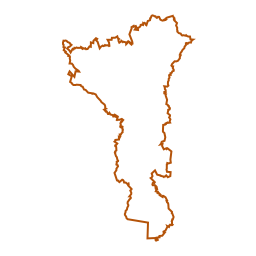 San Benito Abad, Sucre, Colombia (Robinson projection)
{"feature_id": "7082276B25365830428844", "entity_name": "San Benito Abad", "entity_type": "district", "adm_level": 2, "iso_a3": "COL", "parent_name": "Colombia", "parent_adm1": "Sucre", "projection": "robinson", "projection_center": [-74.976, 8.778], "detail": "fine", "context": "isolated", "style": "outline", "palette": "amber", "viewbox_px": 256, "rotation_deg": 0, "n_neighbors": 0, "source": "geoboundaries", "source_scale": "gbopen_adm2", "svg_char_len": 5792}
<svg xmlns="http://www.w3.org/2000/svg" viewBox="0 0 256 256"><path d="M172.7,15.9L167.0,17.6L165.6,18.6L166.3,19.4L165.5,20.0L164.1,19.9L164.1,20.3L162.4,20.6L160.4,19.7L159.1,16.9L158.0,16.8L156.9,17.9L156.3,17.5L155.5,16.3L154.7,16.4L153.7,15.7L152.3,15.4L151.4,16.1L150.8,17.9L150.1,18.3L150.2,19.4L150.0,20.2L147.8,21.0L146.4,25.2L145.8,24.8L145.7,23.6L145.2,23.3L144.6,22.9L144.0,23.5L143.2,23.0L143.0,25.0L141.7,24.6L140.7,24.9L140.7,25.6L139.6,27.1L137.8,28.0L138.0,30.0L134.8,29.6L136.0,27.9L135.6,27.1L136.2,26.8L135.8,26.0L133.8,26.7L133.6,25.9L131.5,27.2L131.7,28.2L129.4,34.3L132.2,41.5L132.6,44.4L132.1,43.7L131.5,44.6L130.4,43.7L131.1,43.0L130.6,43.0L129.5,42.0L129.2,42.3L128.7,42.1L128.1,41.3L127.0,42.3L127.3,43.1L126.2,44.2L126.1,42.4L123.2,41.7L122.8,42.1L121.4,40.8L120.7,41.8L119.3,42.7L118.6,41.2L118.3,39.1L118.9,38.9L117.7,37.9L117.3,36.4L115.2,37.7L111.9,37.8L111.6,39.8L107.6,39.8L109.0,42.5L109.5,46.7L108.9,45.8L107.1,45.2L105.8,45.5L105.0,45.0L104.8,45.2L105.3,45.5L103.4,46.1L102.7,45.6L100.9,46.7L99.7,48.3L97.6,41.8L96.1,40.3L97.2,38.9L96.0,38.2L93.5,40.7L93.3,43.1L90.9,42.4L90.8,46.8L89.5,46.4L87.6,49.0L86.0,49.2L85.3,48.2L84.2,48.7L83.2,48.2L82.5,48.9L81.9,48.4L81.7,47.4L81.0,47.0L80.8,47.8L77.6,47.9L76.4,47.5L75.0,48.4L74.3,47.9L73.5,49.4L72.6,48.9L70.6,52.5L69.4,50.4L67.2,48.5L68.1,47.3L69.8,46.6L71.5,44.9L70.1,43.8L69.7,42.9L67.6,42.0L66.5,40.8L65.2,40.5L64.3,40.9L63.5,40.7L63.0,42.5L63.0,44.1L63.6,44.7L63.5,47.2L64.9,47.5L63.7,50.1L65.8,51.7L65.3,52.5L68.7,55.1L68.3,55.9L69.7,56.2L70.0,57.0L69.7,58.1L70.2,60.5L69.6,63.5L71.8,63.6L73.1,65.1L73.6,66.6L75.4,68.6L78.6,70.8L79.1,71.6L75.6,71.3L74.4,76.8L69.6,71.4L68.3,74.2L71.8,76.3L70.1,81.9L71.7,83.0L71.9,83.6L73.4,85.0L75.7,85.0L76.5,84.7L80.6,85.0L80.7,85.6L81.6,86.4L82.7,86.7L84.0,89.5L85.6,89.9L88.2,92.7L93.0,93.4L92.9,93.7L93.6,93.6L95.7,94.4L97.3,97.2L100.6,100.7L101.4,102.1L104.6,104.6L105.2,106.2L105.2,108.1L105.9,108.6L105.3,108.8L105.1,109.5L104.2,109.7L105.5,111.2L105.7,110.8L106.6,111.3L108.0,114.0L108.5,114.0L109.4,112.8L110.4,114.5L112.7,115.1L113.3,116.5L114.1,116.2L115.7,116.8L115.3,115.4L114.6,115.2L114.3,114.8L114.6,114.6L117.8,116.6L116.8,120.0L117.0,120.1L117.5,119.8L119.4,119.8L121.8,118.9L123.2,120.0L122.0,121.5L121.8,121.1L121.1,121.7L120.4,123.3L120.8,124.5L120.2,126.8L120.7,127.2L121.8,126.4L122.5,126.7L122.2,128.7L122.8,129.2L122.9,129.9L122.5,130.9L122.6,132.3L121.7,133.0L120.9,134.4L119.8,134.5L120.4,136.2L119.6,137.7L118.9,137.1L119.0,139.5L115.6,139.9L115.7,140.2L114.5,141.6L117.3,143.5L116.4,144.7L115.2,145.4L115.3,146.1L115.8,146.1L116.2,147.0L116.4,150.4L115.1,151.5L115.3,152.6L114.9,152.8L116.0,156.2L116.8,157.1L117.4,159.8L118.1,160.7L118.0,161.2L116.7,161.8L116.8,163.0L116.4,164.2L116.4,164.6L117.7,165.2L118.0,166.3L116.4,168.7L116.4,170.2L114.5,172.9L117.0,180.4L118.2,180.6L118.2,181.0L119.4,182.1L122.2,179.7L123.1,180.1L123.6,180.8L124.1,182.5L125.7,182.5L127.5,184.1L128.5,183.5L128.7,184.5L128.2,185.5L131.6,189.0L131.5,189.4L130.3,190.5L131.3,192.8L131.2,194.1L129.5,196.3L130.0,196.3L130.8,197.6L130.7,198.3L129.5,199.4L127.7,202.0L127.6,203.6L128.3,204.9L128.3,205.7L127.3,207.6L126.9,209.6L125.6,210.9L125.5,212.4L124.9,213.8L124.9,214.8L126.2,216.8L126.5,218.1L127.6,219.2L148.0,222.6L147.5,238.4L155.7,238.0L155.5,239.9L156.1,240.6L157.8,239.9L156.9,237.6L159.4,237.3L159.1,236.6L159.4,236.0L162.3,235.7L164.5,232.9L163.7,232.9L163.5,231.6L165.5,230.5L167.5,226.6L167.3,226.1L169.0,227.0L169.3,226.3L169.1,225.7L170.1,224.7L171.3,225.1L171.7,224.7L172.3,225.0L172.6,224.7L172.0,224.2L172.0,221.7L171.7,221.3L172.1,220.0L172.3,220.2L172.8,219.5L173.6,217.0L172.2,213.3L171.8,213.1L172.0,211.9L168.6,208.6L168.3,204.1L167.9,202.9L167.1,202.4L166.5,200.7L167.1,200.5L165.5,197.3L163.4,195.9L162.9,195.9L162.6,197.0L159.9,195.3L160.5,194.7L158.8,193.0L158.4,193.5L157.4,192.9L157.7,191.7L155.8,191.3L156.3,190.2L156.2,189.4L157.1,189.2L156.7,187.4L155.6,188.0L155.4,186.6L155.7,186.8L155.8,185.9L154.9,185.2L152.7,185.2L152.4,184.5L152.8,183.0L153.5,182.6L154.3,183.0L154.8,182.2L150.7,178.1L151.6,177.6L152.5,176.1L151.7,173.5L155.0,170.4L157.1,174.6L157.6,174.8L160.4,175.4L160.5,175.8L163.0,176.4L163.7,176.9L163.9,176.5L165.1,176.5L166.2,175.4L167.8,177.2L170.3,176.1L170.6,172.1L167.0,171.8L166.5,169.4L166.8,168.6L166.8,164.5L167.1,164.4L167.3,163.0L168.7,163.4L170.8,162.7L170.4,159.6L171.4,151.4L167.5,148.3L166.7,149.0L166.3,148.3L163.8,149.3L162.1,145.9L162.5,143.9L160.5,144.4L161.3,143.4L161.5,142.2L161.9,141.7L164.5,140.8L165.3,137.3L164.4,133.0L163.2,132.0L162.9,131.2L163.2,124.9L165.0,124.7L165.8,124.2L165.5,123.5L166.9,122.8L166.9,123.0L170.1,122.6L169.6,121.6L170.4,119.3L169.1,117.4L169.9,116.2L170.0,115.2L167.6,113.2L168.2,110.6L168.1,109.9L168.5,109.5L169.5,109.5L169.9,108.8L169.8,107.9L168.9,106.9L168.8,106.0L168.1,105.8L167.8,104.9L166.3,104.1L167.1,99.8L165.7,95.7L165.6,94.6L165.9,94.2L164.9,93.7L165.3,93.0L164.3,93.1L164.3,92.0L165.4,91.8L165.7,91.1L165.6,90.0L164.9,89.1L164.8,87.6L164.3,86.3L167.3,86.6L168.4,85.6L167.9,84.1L168.0,81.8L168.7,80.4L168.7,78.8L169.5,77.7L169.1,75.2L169.4,74.9L170.7,74.9L170.5,73.2L171.6,72.9L172.3,71.4L173.7,70.8L173.7,69.7L172.8,68.2L173.1,66.4L172.1,66.4L171.4,65.6L172.1,64.0L174.6,61.3L176.3,61.4L177.9,60.8L179.9,58.2L179.8,56.9L180.7,55.2L179.8,54.8L180.8,52.5L181.4,52.0L182.6,49.8L184.3,48.2L184.6,46.6L185.9,45.1L185.9,43.2L186.6,43.0L187.7,43.8L188.4,42.8L190.2,42.4L190.9,42.6L191.7,40.5L193.0,39.6L190.5,39.4L190.0,36.5L188.2,36.5L186.9,36.0L186.1,35.2L185.6,35.7L183.3,35.2L182.2,35.5L181.7,35.2L180.7,33.6L178.8,33.1L177.3,31.6L177.5,30.8L177.1,29.9L177.2,27.7L176.1,25.5L177.0,23.0L174.2,20.3L174.0,19.7L174.6,19.6L174.5,19.0L174.2,19.1L174.2,18.2L173.9,18.2L173.6,17.1L172.7,16.3L172.7,15.9Z" fill="none" stroke="#b45309" stroke-width="2"/></svg>